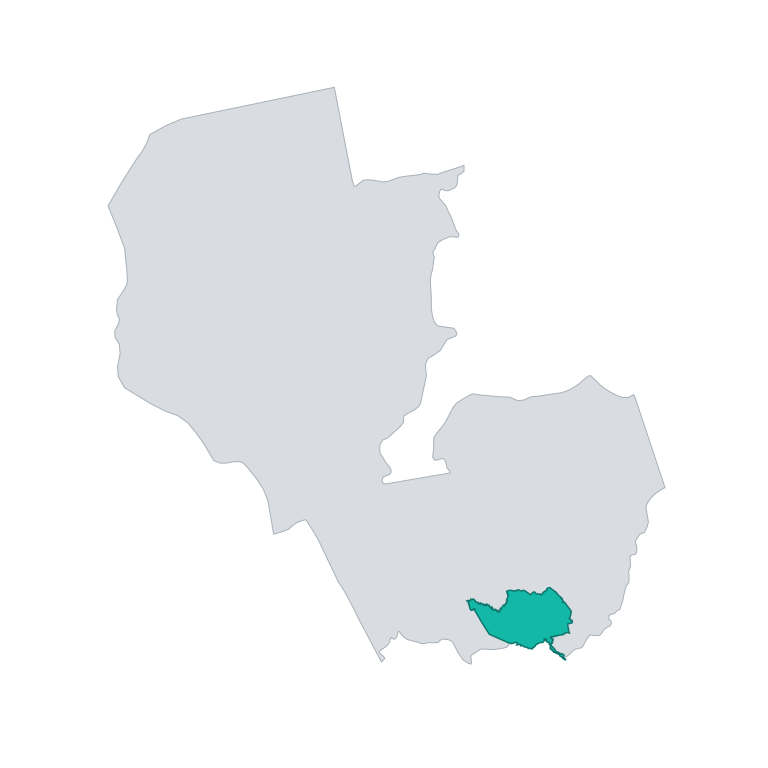 Chama, Muchinga, Zambia shown in context, rotated 81°
{"feature_id": "96606910B17560798529879", "entity_name": "Chama", "entity_type": "district", "adm_level": 2, "iso_a3": "ZMB", "parent_name": "Zambia", "parent_adm1": "Muchinga", "projection": "orthographic", "projection_center": [32.797, -11.274], "detail": "fine", "context": "in_parent", "style": "filled", "palette": "teal", "viewbox_px": 768, "rotation_deg": 81, "n_neighbors": 0, "source": "geoboundaries", "source_scale": "gbopen_adm2", "svg_char_len": 9745}
<svg xmlns="http://www.w3.org/2000/svg" viewBox="0 0 768 768"><g transform="rotate(81 384 384)"><path d="M515.1,516.5L481.2,516.9L468.9,519.7L458.9,524.1L446.9,530.8L440.0,535.4L438.2,538.0L437.3,543.6L437.5,552.2L436.4,558.5L432.9,564.2L414.8,571.3L403.0,577.2L391.5,584.0L382.8,592.8L377.1,603.5L367.5,616.8L347.3,640.7L335.3,645.3L325.2,644.5L312.8,639.9L303.1,639.2L296.0,642.4L289.4,641.6L283.1,636.8L278.0,635.1L273.9,636.6L268.6,636.5L258.9,634.0L250.2,625.9L245.6,622.5L242.0,621.3L232.0,620.2L209.1,619.0L185.6,623.8L164.9,628.7L142.9,610.8L121.5,591.8L116.9,586.9L108.9,580.6L103.2,577.5L100.9,576.0L94.5,558.6L90.6,542.5L83.2,386.7L177.9,383.5L183.9,382.6L184.1,381.0L179.5,372.8L179.6,369.8L180.6,364.1L184.4,352.7L184.5,348.9L182.2,336.6L182.2,329.8L182.8,315.8L182.0,311.2L184.1,304.8L184.7,300.7L185.5,298.9L184.3,294.1L181.9,277.7L180.6,270.8L186.3,271.7L188.3,275.0L189.5,278.7L192.1,278.8L199.0,280.8L201.5,283.8L203.2,290.4L202.4,293.8L200.2,296.6L202.5,299.0L207.1,300.5L209.8,299.9L217.3,295.2L224.4,293.3L227.9,292.0L243.7,288.6L246.8,286.9L249.0,286.9L250.6,288.1L249.3,292.9L248.9,297.1L251.1,304.9L252.7,308.5L256.0,311.1L258.4,312.4L261.2,315.2L266.7,314.6L278.9,318.3L282.6,320.1L287.8,321.8L291.4,322.4L303.9,323.5L317.2,325.5L324.1,325.5L328.9,324.9L332.3,323.6L334.3,322.3L335.3,321.2L339.9,306.2L342.5,304.9L345.7,304.1L347.7,305.4L350.0,314.8L359.7,323.2L363.1,330.2L365.6,336.3L367.8,338.0L371.4,340.0L377.2,340.6L382.4,340.8L408.4,350.8L411.2,352.6L414.5,358.1L416.5,364.4L418.6,369.3L421.9,370.2L424.9,370.6L427.9,373.9L430.1,376.9L438.0,389.1L439.1,393.9L442.9,397.2L447.9,398.5L452.5,398.6L455.1,397.1L461.7,394.5L466.8,391.5L470.5,390.5L472.7,391.1L474.4,393.1L475.6,399.2L479.3,401.2L482.0,400.4L483.0,398.0L483.0,396.7L482.2,332.6L479.9,333.0L476.9,334.9L470.1,335.2L467.4,336.6L466.6,338.6L467.2,341.3L467.4,344.9L466.4,346.6L463.4,347.3L459.1,346.0L451.2,344.3L444.6,343.2L439.9,338.5L433.4,331.3L429.2,327.7L419.0,320.3L417.3,318.8L414.2,315.3L411.5,309.3L408.9,302.4L407.5,297.9L409.8,291.1L415.4,268.8L416.6,261.8L421.4,254.7L421.7,248.4L419.6,240.4L420.1,235.9L420.4,210.4L419.0,202.4L415.5,193.5L408.1,181.2L408.1,178.5L419.2,170.3L422.6,167.2L428.3,160.6L432.2,155.0L434.7,150.5L435.5,144.6L433.6,139.1L437.4,138.0L530.3,122.7L531.6,126.5L534.5,132.8L537.7,137.5L541.7,141.5L545.1,144.0L547.4,144.7L561.7,144.4L566.9,146.8L571.3,149.9L572.5,154.8L575.4,157.8L578.6,160.2L580.0,160.5L582.3,159.9L586.2,159.9L589.7,160.9L591.4,162.0L591.6,166.0L592.7,167.9L597.5,168.6L602.5,168.9L607.2,171.6L612.4,172.1L618.3,173.2L621.1,176.2L627.5,179.2L635.2,182.0L643.7,186.5L643.9,187.9L645.3,190.5L646.8,192.4L647.0,195.3L647.7,197.9L649.9,198.5L651.7,198.7L653.3,196.8L655.6,196.8L658.1,198.0L659.0,201.1L660.9,205.1L664.1,207.9L666.2,210.5L665.4,215.4L664.1,219.8L668.4,224.2L673.9,228.4L675.4,230.2L675.8,236.4L676.7,238.5L680.4,243.7L682.2,247.1L682.1,249.1L672.0,259.2L665.8,260.8L663.1,262.9L661.4,265.0L665.4,275.2L667.5,279.0L665.8,283.9L661.7,292.0L659.9,292.8L659.6,299.0L660.8,301.2L662.8,303.0L663.6,307.2L663.4,317.7L660.9,329.5L665.4,339.9L666.9,341.0L673.2,341.1L674.3,342.0L672.7,344.9L668.3,349.5L660.4,353.0L648.9,356.9L646.5,360.6L645.0,366.1L646.3,369.3L647.8,371.1L647.3,375.9L646.3,380.9L646.6,384.8L646.1,388.3L644.6,390.0L642.6,395.3L640.1,400.6L638.2,403.0L635.3,405.5L630.8,407.6L630.9,408.7L636.0,411.1L637.3,412.8L637.8,413.9L635.7,416.6L638.0,418.2L640.9,419.6L643.6,423.1L646.8,429.7L647.3,430.4L648.2,430.5L649.9,429.8L653.0,427.1L655.3,426.1L658.1,430.0L610.5,446.3L599.3,449.7L582.6,455.5L577.2,457.7L572.9,459.9L528.8,472.9L521.9,475.4L506.3,482.1L505.8,483.2L506.0,486.1L507.5,492.3L510.3,497.8L512.6,501.0L514.2,509.2L515.1,516.5Z" fill="#d9dde1" stroke="#a8b0b8" stroke-width="1"/><path d="M647.5,235.6L647.0,235.6L646.9,235.3L646.6,235.5L646.7,235.9L646.6,236.2L646.0,236.6L645.7,236.6L645.4,237.1L644.8,237.3L644.5,237.9L644.1,237.7L643.6,236.7L642.0,236.3L641.2,235.6L639.7,235.4L639.0,234.9L638.3,234.6L637.5,234.7L628.1,239.6L627.5,240.3L627.8,240.7L627.6,240.8L627.6,241.1L627.4,240.8L627.1,240.8L626.7,240.9L626.7,241.2L625.9,241.1L625.2,241.6L624.9,241.8L624.5,241.5L624.1,241.5L624.0,241.9L623.7,241.9L623.5,242.2L623.4,242.1L623.1,242.1L622.6,242.4L622.1,243.0L621.3,243.5L621.2,244.1L619.4,244.9L618.2,245.8L617.7,245.9L617.4,246.4L616.0,247.0L615.9,247.8L614.3,248.7L614.0,249.5L612.6,250.5L611.3,251.8L610.9,252.5L611.1,253.9L611.5,254.9L612.0,255.4L613.5,255.7L613.7,256.5L613.7,257.5L614.4,258.2L614.4,258.9L614.9,259.7L616.0,260.2L616.3,260.8L616.8,261.2L617.0,261.8L616.7,261.8L616.3,261.9L616.1,262.1L615.5,265.0L615.0,265.9L615.0,266.4L614.3,267.1L613.1,267.6L612.8,268.7L614.1,271.1L615.2,272.3L612.4,274.9L611.7,275.9L610.7,276.5L609.6,278.6L609.5,279.0L609.9,280.0L609.9,281.1L609.5,281.8L608.6,282.6L608.5,284.3L608.2,284.7L608.9,285.3L608.8,285.5L609.0,286.0L608.9,286.9L608.6,287.5L608.7,287.9L608.5,288.1L608.5,289.3L607.9,290.0L607.5,291.7L607.6,292.7L607.4,293.5L607.8,294.6L607.7,294.9L608.2,295.3L608.5,295.1L609.3,295.1L609.6,295.3L610.3,295.0L610.6,294.5L611.2,294.4L611.4,294.6L611.6,294.4L611.9,294.7L612.4,294.8L612.6,294.6L613.4,295.0L614.1,295.0L615.0,295.8L615.8,296.2L616.0,296.4L616.1,296.2L616.7,296.1L616.7,296.4L617.1,296.2L617.3,296.6L617.4,296.4L617.8,296.5L618.1,296.4L618.2,296.6L618.5,296.5L618.9,296.6L619.1,297.0L619.2,297.4L619.4,297.3L619.5,297.5L619.6,297.8L619.8,297.7L620.2,298.3L620.8,298.7L620.7,299.1L620.8,299.4L621.2,299.5L620.9,299.6L621.4,301.1L622.0,301.3L621.9,301.5L623.0,302.4L623.9,302.9L623.8,303.1L624.0,303.4L623.9,303.7L624.2,303.6L624.0,303.9L624.2,304.4L624.9,304.6L625.3,304.6L625.5,304.8L625.8,304.8L626.1,305.4L626.5,305.4L626.3,305.6L626.6,305.6L626.7,306.2L627.0,306.5L626.3,307.0L626.6,307.6L626.0,307.5L625.6,307.9L625.3,307.7L625.0,308.6L624.6,308.6L623.9,309.2L624.0,309.5L624.5,309.9L624.2,310.4L624.2,310.9L624.0,311.3L624.1,311.8L623.4,311.4L622.6,312.2L622.2,312.1L622.5,312.8L622.3,312.8L622.2,312.4L621.9,312.4L622.3,312.9L621.7,313.0L622.0,313.2L622.5,313.1L622.5,313.3L621.7,313.7L621.4,313.3L621.3,313.5L621.5,313.8L621.4,314.1L621.1,314.0L621.0,313.7L620.8,313.7L620.6,314.2L619.7,314.6L619.6,314.9L619.4,314.6L619.2,314.6L619.3,315.1L618.9,315.2L619.1,315.8L618.5,315.9L618.3,316.4L617.8,316.7L618.1,316.9L617.7,317.1L618.3,317.5L618.6,318.0L617.9,318.0L617.9,318.3L618.3,318.3L618.3,318.6L618.3,318.8L617.7,318.9L617.6,319.4L617.3,319.6L617.4,319.8L617.7,319.9L617.1,320.2L617.5,320.7L617.1,320.7L616.6,321.2L616.7,321.6L616.0,322.1L616.4,322.7L615.8,322.8L615.8,323.3L615.4,323.4L615.8,323.8L615.5,324.2L615.5,324.4L616.1,324.8L615.9,325.3L615.7,325.4L615.3,324.9L615.1,325.1L615.2,325.4L615.0,325.6L614.2,325.5L614.3,326.4L613.8,326.8L613.7,327.4L613.4,327.9L612.1,327.8L611.8,328.5L611.0,328.7L610.5,329.2L610.4,330.0L610.8,330.9L610.6,331.4L610.2,331.7L610.7,331.8L610.9,332.6L611.4,332.9L611.3,333.5L611.9,333.5L612.0,333.8L611.5,334.3L611.4,334.7L610.9,334.9L611.0,335.6L611.3,335.4L611.4,335.8L612.2,335.0L613.4,334.8L613.9,335.0L614.7,334.5L615.0,334.4L615.3,334.7L616.8,334.2L617.6,334.5L618.2,334.2L618.7,334.3L619.8,334.1L620.3,333.7L621.0,333.5L621.2,333.2L621.1,331.9L620.9,331.5L620.4,331.3L620.2,330.3L620.2,329.9L620.5,330.1L620.8,329.7L621.5,330.1L622.0,329.7L634.6,324.8L647.7,319.1L658.6,302.2L659.5,302.0L659.3,302.0L659.2,301.6L659.4,300.6L659.7,299.7L660.4,298.8L660.3,297.3L659.9,295.8L660.0,294.4L659.8,293.4L660.0,293.1L660.8,292.8L661.6,293.1L662.5,293.8L662.6,293.3L662.2,290.6L662.8,290.3L662.8,290.1L663.5,290.2L664.1,289.9L663.8,288.6L663.9,288.3L664.5,287.9L664.7,287.4L665.4,286.9L665.5,286.2L665.8,286.0L666.2,285.0L666.3,284.1L667.7,282.9L667.8,281.5L668.1,281.3L668.1,280.7L668.5,280.2L668.8,279.4L668.7,278.7L668.2,278.3L667.6,278.3L667.2,276.6L666.6,275.7L665.8,275.1L665.0,274.3L664.9,273.3L664.5,273.0L663.8,269.9L664.0,268.9L664.0,267.5L663.7,267.4L663.4,266.8L662.6,266.0L662.2,265.3L662.0,265.6L661.5,265.4L661.0,265.8L660.9,265.8L660.7,264.7L661.7,263.5L662.6,263.5L662.8,263.7L662.8,264.2L664.2,263.5L665.3,261.2L666.5,261.6L667.0,261.4L668.4,260.4L669.0,260.8L670.2,260.9L670.5,261.2L671.2,261.2L672.1,260.9L672.1,260.3L672.6,259.8L673.7,259.6L674.1,258.8L674.6,258.7L675.2,258.2L675.5,258.2L675.7,257.5L675.4,257.1L675.7,257.0L675.7,256.5L676.1,256.7L676.5,256.5L679.1,252.5L679.5,252.5L679.9,252.9L681.1,251.6L681.6,250.7L682.6,250.5L682.9,250.0L683.5,249.8L683.6,249.2L684.0,249.1L684.6,248.5L684.8,247.9L684.4,247.8L682.6,249.3L682.3,249.5L681.8,249.1L681.0,249.5L680.2,249.3L680.0,248.6L679.7,248.7L678.2,250.4L678.2,251.1L677.9,251.9L676.6,253.6L676.2,253.9L675.3,255.7L674.3,256.3L673.1,256.7L671.3,257.7L670.8,258.3L670.3,258.4L669.9,258.9L669.6,259.1L669.3,259.5L669.1,259.5L668.8,259.7L668.7,259.5L667.6,259.9L666.9,259.6L666.6,259.7L666.3,258.4L665.9,258.7L665.5,258.2L664.7,258.4L664.5,257.5L664.3,257.5L664.1,257.3L663.8,257.5L662.9,257.3L662.7,257.5L662.7,257.1L662.3,257.3L662.1,257.3L662.2,257.5L661.8,257.6L661.8,257.9L661.5,258.3L660.7,258.5L660.4,259.0L660.7,259.2L660.7,259.3L660.4,259.4L660.3,259.0L659.8,258.6L659.9,258.3L659.7,258.0L660.0,257.8L659.8,257.6L659.8,256.8L660.0,256.6L659.9,256.4L660.1,255.6L659.9,255.6L659.8,254.4L659.6,254.3L659.8,254.2L659.6,254.2L659.8,254.0L659.5,253.3L659.8,253.0L659.6,252.8L659.7,252.4L659.8,251.8L659.6,251.4L659.6,250.7L659.3,250.4L659.2,249.5L659.5,249.4L659.4,248.5L659.7,247.8L659.4,246.8L659.6,246.4L658.9,245.5L659.0,244.9L658.6,244.5L658.6,243.9L658.2,243.6L658.1,243.2L658.1,242.1L659.0,239.8L658.7,239.8L657.6,240.6L656.6,239.9L655.4,240.3L654.3,240.0L652.8,240.4L651.2,240.1L649.9,240.2L649.5,239.7L649.6,237.9L649.4,236.9L649.6,236.3L649.4,235.9L648.5,235.6L648.6,235.3L648.1,235.1L647.5,235.6Z" fill="#14b8a6" stroke="#0f766e" stroke-width="1.5"/></g></svg>